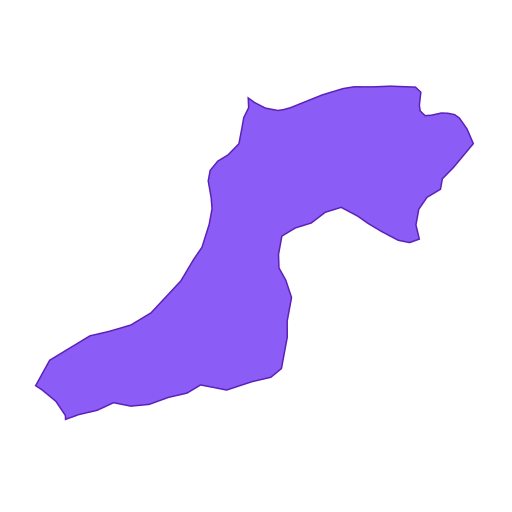 the district of Hamju, Hamgyŏng-namdo, North Korea, rotated 100°
{"feature_id": "82179303B5529079256515", "entity_name": "Hamju", "entity_type": "district", "adm_level": 2, "iso_a3": "PRK", "parent_name": "North Korea", "parent_adm1": "Hamgyŏng-namdo", "projection": "mercator", "projection_center": [127.263, 39.9], "detail": "fine", "context": "isolated", "style": "filled", "palette": "violet", "viewbox_px": 512, "rotation_deg": 100, "n_neighbors": 0, "source": "geoboundaries", "source_scale": "gbopen_adm2", "svg_char_len": 1198}
<svg xmlns="http://www.w3.org/2000/svg" viewBox="0 0 512 512"><g transform="rotate(100 256 256)"><path d="M393.1,261.7L380.4,238.0L372.8,220.3L362.4,211.4L349.1,211.3L330.6,211.1L314.6,214.0L290.7,213.8L274.6,222.5L263.8,231.3L250.5,234.1L231.9,234.0L221.5,222.1L213.9,207.3L200.9,195.4L193.3,180.6L199.0,163.0L204.5,151.2L210.1,136.5L215.8,118.8L216.1,107.0L211.0,98.1L197.6,103.9L181.7,103.8L168.5,97.8L158.2,85.9L147.6,85.9L134.5,76.9L124.0,70.9L113.5,64.9L107.6,61.5L94.3,70.2L84.8,79.7L82.3,85.0L82.1,91.8L83.0,98.3L87.0,108.0L88.4,113.9L84.6,119.5L79.2,121.3L66.1,122.1L62.0,128.3L65.4,153.1L69.2,170.5L72.4,189.0L76.0,199.3L85.7,218.5L104.0,247.9L107.1,254.4L108.9,259.7L108.7,272.6L105.1,284.1L101.7,291.1L111.3,289.0L121.8,292.1L132.4,292.1L148.4,292.3L161.4,301.2L169.2,310.1L179.7,316.0L190.3,316.1L206.3,310.3L217.0,307.5L232.9,307.6L256.7,310.7L269.9,316.7L293.6,325.7L311.9,337.6L330.2,349.5L345.7,367.3L355.9,387.9L363.4,405.6L381.6,426.4L394.5,441.1L422.0,450.5L424.8,443.8L433.9,427.8L446.2,416.0L450.0,415.2L443.1,403.3L435.5,385.6L425.2,370.8L425.6,353.2L420.7,335.5L410.5,317.8L402.9,300.0L392.6,288.2L393.1,261.7Z" fill="#8b5cf6" stroke="#5b21b6" stroke-width="1.5"/></g></svg>